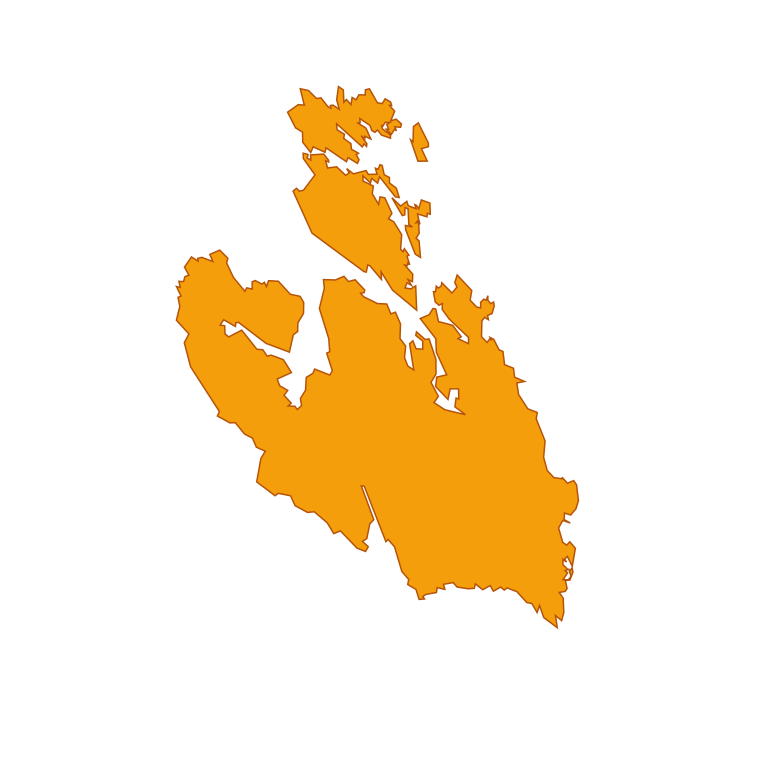 Farsund nor, Vest-Agder, Norway, rotated 240°
{"feature_id": "86288312B34679713059782", "entity_name": "Farsund nor", "entity_type": "district", "adm_level": 2, "iso_a3": "NOR", "parent_name": "Norway", "parent_adm1": "Vest-Agder", "projection": "robinson", "projection_center": [6.828, 58.134], "detail": "fine", "context": "isolated", "style": "filled", "palette": "amber", "viewbox_px": 768, "rotation_deg": 240, "n_neighbors": 0, "source": "geoboundaries", "source_scale": "gbopen_adm2", "svg_char_len": 6171}
<svg xmlns="http://www.w3.org/2000/svg" viewBox="0 0 768 768"><g transform="rotate(240 384 384)"><path d="M362.9,224.8L341.7,233.8L342.2,237.8L333.9,247.2L323.0,246.2L311.1,253.5L308.2,259.7L292.4,265.4L279.5,265.7L278.6,272.8L255.2,278.6L248.2,284.3L250.9,289.0L258.4,286.7L258.7,291.8L270.0,301.8L271.6,307.3L307.1,313.4L305.4,315.8L246.5,306.8L247.3,309.9L237.6,311.7L212.6,305.7L202.4,307.7L198.5,304.3L190.1,309.0L179.9,306.7L177.6,311.6L180.4,311.3L180.9,314.9L177.2,325.1L181.1,328.3L175.7,334.0L180.8,335.4L177.4,344.6L171.6,345.8L164.6,354.5L161.9,360.0L165.2,363.2L156.5,366.6L156.3,375.2L149.9,375.1L149.8,383.5L145.4,385.1L145.9,388.6L137.8,395.2L123.4,398.4L119.9,402.3L109.5,402.3L114.4,407.9L101.8,405.6L86.4,412.2L97.8,416.8L90.3,419.5L96.1,425.4L108.9,432.1L115.9,431.5L113.8,437.1L115.3,440.3L123.1,442.8L121.3,447.0L126.5,453.5L130.9,455.1L128.8,451.1L131.9,451.6L123.8,449.8L122.3,445.6L125.0,441.2L128.7,448.6L131.8,447.5L131.4,450.5L138.0,448.6L142.7,451.3L138.6,453.0L142.1,453.1L143.0,456.6L132.0,455.9L146.0,467.6L154.5,466.0L153.1,461.7L157.5,459.6L172.0,463.2L176.5,470.6L170.5,475.8L176.5,472.2L182.0,475.8L177.2,480.1L180.0,487.9L185.7,494.0L200.3,500.3L205.5,500.0L206.4,493.2L214.3,491.6L212.5,491.4L217.9,484.3L227.5,482.1L240.7,485.6L254.1,495.0L277.7,498.4L282.7,502.5L290.6,496.1L307.6,495.3L318.5,499.6L315.9,507.0L324.6,500.5L332.9,504.0L340.5,498.1L352.7,503.3L356.1,500.7L367.8,501.4L371.2,499.2L367.6,499.0L370.5,498.7L368.4,494.1L376.2,492.1L389.8,500.4L391.4,504.5L387.5,506.6L391.6,508.0L391.0,512.8L396.5,518.5L400.2,519.9L400.2,516.6L404.5,515.8L408.5,518.1L405.5,514.4L407.6,512.8L406.4,508.5L401.6,505.8L404.3,502.7L413.5,500.5L421.0,506.7L441.8,501.9L436.4,496.0L431.5,495.7L428.8,488.4L442.8,484.7L440.2,482.5L439.9,478.9L442.6,478.2L438.1,474.7L439.3,473.0L429.5,469.4L424.7,471.0L424.5,474.8L419.6,471.7L407.8,472.9L382.1,480.5L376.7,477.3L386.2,470.8L386.3,474.5L400.5,472.8L410.8,462.4L423.1,466.3L424.9,464.2L421.4,457.7L422.6,448.1L397.3,451.5L385.3,445.2L360.6,442.9L363.6,433.1L356.0,427.4L338.7,431.7L346.7,438.9L342.5,446.1L333.7,441.3L335.8,439.4L328.8,434.0L316.7,439.2L331.2,423.9L342.9,418.0L346.1,424.9L361.9,425.5L366.6,434.0L379.4,441.3L400.5,445.6L402.0,441.9L412.9,438.2L410.2,435.8L401.8,439.0L394.8,435.0L398.4,429.4L407.0,430.6L406.1,426.3L381.3,416.8L387.5,413.6L396.5,414.9L406.0,421.7L415.4,420.6L427.7,428.3L440.5,429.8L441.3,425.0L451.9,426.4L456.9,418.6L469.7,410.0L474.3,409.1L473.1,412.6L475.1,414.3L488.7,411.1L490.5,404.5L497.3,403.1L498.4,393.9L504.7,383.8L496.8,380.2L481.7,365.8L450.8,358.8L439.1,353.1L439.4,349.8L421.4,345.9L418.8,341.6L431.6,331.4L428.8,327.8L428.6,320.0L417.8,312.9L413.3,304.4L406.5,301.8L405.3,296.1L409.3,295.7L412.8,290.0L413.8,294.1L424.2,291.8L426.6,297.4L434.7,292.8L441.7,294.0L440.2,309.6L455.4,309.0L465.5,300.6L466.5,296.7L474.3,296.2L477.6,291.3L501.8,287.7L502.4,273.1L506.9,271.4L514.2,275.2L516.9,271.5L519.8,277.3L508.1,284.1L511.2,286.3L510.0,288.9L478.1,302.2L458.9,318.0L472.0,330.1L472.6,335.4L480.0,340.0L485.4,349.6L494.7,355.2L501.8,355.2L508.6,347.7L525.8,343.9L531.2,335.7L527.1,330.9L531.9,331.3L531.6,328.2L538.0,324.2L538.4,320.9L532.1,317.3L535.9,313.2L533.8,309.9L551.4,306.9L567.4,308.2L570.9,311.6L582.1,308.7L583.3,298.0L575.7,297.0L584.8,289.5L585.9,285.5L583.3,284.4L590.3,280.8L585.0,269.7L575.7,269.4L576.5,265.3L572.9,261.6L575.5,257.7L569.5,255.9L572.2,253.0L561.7,252.2L562.0,248.9L553.4,246.0L543.0,236.1L524.9,240.1L519.6,231.7L495.6,225.1L442.5,227.7L439.6,223.7L427.4,231.1L424.8,235.9L410.4,238.2L402.9,243.0L393.0,241.9L385.2,247.6L381.0,240.1L362.9,224.8ZM596.5,401.7L550.6,397.1L491.3,422.9L489.8,424.6L495.2,429.5L493.5,430.9L475.8,434.1L482.5,437.6L461.1,438.3L431.6,449.2L453.1,460.5L453.0,454.8L456.7,450.2L460.1,454.5L455.8,457.1L462.3,457.0L458.4,459.8L464.7,463.8L476.6,461.5L475.0,463.2L477.2,465.6L475.1,465.4L475.0,466.0L483.2,467.8L483.1,470.0L491.0,469.3L489.0,466.6L492.3,465.7L504.5,474.0L519.4,473.6L524.8,470.6L527.9,476.2L544.9,477.8L548.0,474.1L542.3,469.1L554.7,469.0L560.8,473.7L570.2,467.3L574.8,469.8L564.9,472.8L568.2,476.1L561.1,478.9L565.7,483.8L540.5,487.4L537.9,490.4L547.5,492.6L555.4,489.2L560.1,492.0L565.1,488.8L574.2,491.7L575.9,490.2L572.9,486.3L575.2,484.4L569.2,482.9L573.3,475.2L577.8,475.2L581.3,462.6L589.2,459.4L584.2,459.4L583.9,455.1L595.8,451.6L599.3,443.1L606.5,445.1L603.9,447.1L605.6,447.9L613.3,446.7L619.1,434.9L614.5,432.6L618.2,430.4L620.7,433.0L624.3,429.4L619.7,426.9L599.6,428.8L592.1,411.2L593.2,407.2L597.2,406.1L596.5,401.7ZM621.1,436.3L624.8,441.2L614.1,448.8L617.5,451.9L595.3,462.6L598.0,466.1L588.3,471.3L590.7,474.5L596.5,474.6L596.6,477.3L603.5,473.2L608.7,475.5L616.8,471.9L620.1,474.6L627.6,470.5L633.1,473.1L600.2,483.7L601.9,486.8L598.5,487.7L600.6,489.3L610.5,488.4L605.8,489.8L608.2,491.2L602.7,495.1L614.8,496.3L623.0,491.9L622.3,494.0L626.0,495.8L615.0,501.1L609.6,500.2L606.5,501.9L607.2,505.4L600.8,506.3L593.6,512.5L596.6,514.1L605.6,510.2L609.7,511.3L607.7,511.4L610.0,516.0L607.6,519.6L607.5,516.1L602.4,515.5L603.6,513.2L596.5,515.1L599.5,520.8L596.9,521.3L601.3,522.1L598.0,526.7L600.5,529.1L607.3,526.9L608.5,521.4L614.9,529.6L622.5,528.0L621.4,529.9L624.9,530.7L630.4,527.6L627.7,522.7L630.8,518.9L646.9,519.0L648.1,515.1L643.7,512.2L647.0,506.9L644.1,501.9L648.1,499.7L642.4,495.1L649.2,493.7L648.0,490.1L659.0,495.8L664.3,493.3L653.8,485.1L644.2,482.6L651.0,479.3L652.0,476.8L649.4,476.0L652.1,474.1L663.3,472.5L665.0,468.3L676.0,465.3L681.6,459.1L665.3,454.4L668.8,449.5L667.6,436.4L650.0,435.5L642.9,439.4L634.1,434.5L621.1,436.3ZM480.8,476.0L475.4,478.9L490.3,485.9L494.3,484.7L496.9,489.8L506.6,494.7L504.9,494.9L505.0,495.2L507.9,496.0L506.7,494.4L507.6,492.3L509.1,496.3L514.5,498.1L507.3,504.8L510.2,506.8L507.9,509.0L517.7,514.2L524.7,508.4L518.4,501.7L522.4,501.5L523.9,500.4L519.8,499.4L526.3,494.1L530.8,495.1L529.7,487.4L541.4,484.0L520.7,484.0L520.1,486.6L526.3,490.4L523.7,492.4L509.8,485.3L505.8,487.1L510.6,481.8L506.6,479.9L480.8,476.0ZM582.2,529.2L560.0,524.8L555.4,532.9L569.1,534.1L567.3,541.2L570.6,542.9L593.0,544.3L592.2,538.2L579.3,530.3L582.2,529.2Z" fill="#f59e0b" stroke="#b45309" stroke-width="1.5"/></g></svg>